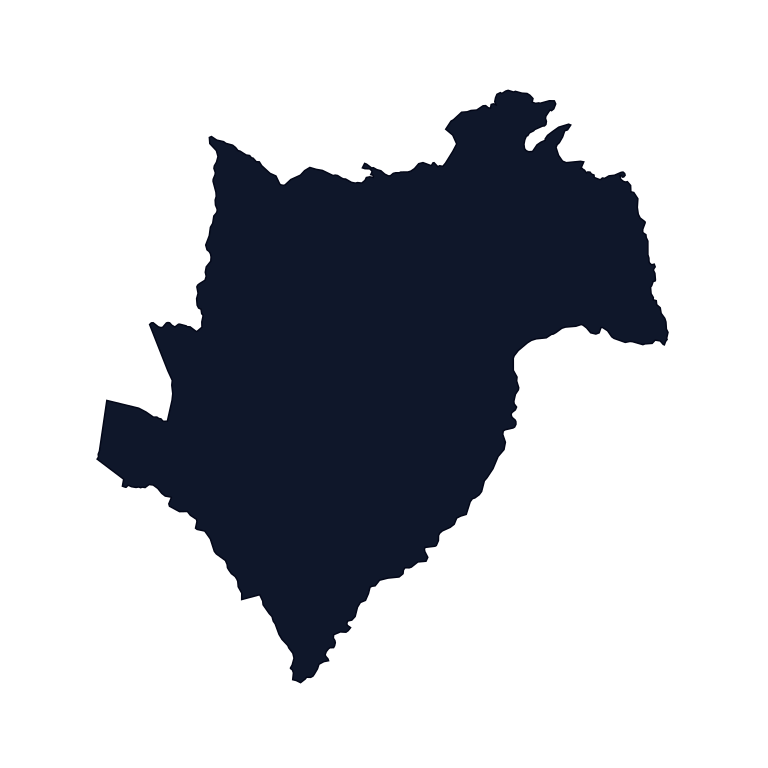 Pahuatlán, Puebla, Mexico, rotated 7°
{"feature_id": "50627088B33192987993204", "entity_name": "Pahuatlán", "entity_type": "district", "adm_level": 2, "iso_a3": "MEX", "parent_name": "Mexico", "parent_adm1": "Puebla", "projection": "albers", "projection_center": [-98.132, 20.287], "detail": "fine", "context": "isolated", "style": "filled", "palette": "ink", "viewbox_px": 768, "rotation_deg": 7, "n_neighbors": 0, "source": "geoboundaries", "source_scale": "gbopen_adm2", "svg_char_len": 6138}
<svg xmlns="http://www.w3.org/2000/svg" viewBox="0 0 768 768"><g transform="rotate(7 384 384)"><path d="M329.4,688.6L333.0,689.0L337.6,690.6L341.8,686.4L342.9,684.5L347.0,684.1L349.1,682.6L350.3,680.3L352.7,674.8L353.6,670.1L358.1,666.9L362.7,665.4L362.0,663.8L359.3,661.3L358.6,659.8L359.3,656.7L361.1,653.7L362.4,652.4L366.1,651.8L366.9,649.8L367.2,646.7L366.5,644.6L364.7,642.4L364.6,639.0L370.8,635.4L376.5,635.0L378.5,633.2L380.5,629.9L377.2,628.1L376.4,626.9L376.4,625.2L377.0,623.6L380.8,622.3L383.7,618.3L384.9,608.7L387.2,603.7L392.0,601.0L394.1,593.9L394.9,587.4L396.8,586.2L399.8,585.4L403.5,579.3L411.5,576.2L422.5,573.7L426.0,570.0L426.0,566.2L427.3,563.8L431.4,563.4L433.5,562.4L439.3,556.5L447.3,554.8L448.6,550.7L445.0,545.4L444.3,543.3L444.6,541.2L454.4,538.8L455.6,537.9L457.1,532.8L456.6,527.7L457.4,525.4L459.8,522.7L467.2,518.2L470.8,514.6L472.5,508.2L476.3,505.7L481.5,503.4L483.9,490.4L485.7,487.1L488.1,486.0L492.0,482.3L494.0,478.8L495.4,467.9L497.6,464.6L502.5,454.8L506.1,442.0L511.1,434.5L511.6,427.0L508.0,419.5L508.1,416.1L509.8,414.7L517.5,411.9L518.9,410.8L519.9,407.9L519.5,405.3L518.6,403.8L515.2,401.5L513.9,399.1L514.3,396.9L517.5,393.7L518.4,390.7L515.6,387.8L515.0,385.3L515.7,378.2L518.1,373.4L518.2,371.3L515.3,364.8L515.2,360.9L510.7,354.7L509.2,342.7L509.8,340.1L513.2,334.4L521.4,325.6L525.0,322.7L529.6,320.6L539.4,318.4L544.2,314.3L546.0,313.8L548.5,311.9L553.7,307.0L557.2,305.4L567.4,303.3L572.5,300.9L574.3,301.3L578.2,303.6L582.9,308.0L588.2,308.6L591.3,307.0L592.5,301.5L594.1,301.3L599.4,303.9L604.3,309.4L606.7,310.7L618.4,313.3L622.9,311.8L625.5,311.7L636.2,313.4L638.1,312.4L645.2,311.0L647.8,307.4L652.9,307.6L656.3,310.7L657.5,311.0L658.3,307.5L659.6,305.3L659.0,304.1L659.6,298.1L657.6,295.1L656.3,288.1L654.7,284.6L650.5,280.1L648.9,274.7L645.0,272.0L644.1,268.1L640.9,267.6L640.8,265.3L638.1,261.8L636.8,255.4L637.7,253.9L638.6,249.6L640.7,248.5L640.7,247.4L639.4,241.1L637.7,238.5L637.7,236.9L638.9,234.7L637.6,232.1L635.1,233.1L632.8,231.5L632.1,230.0L631.6,226.7L630.2,223.6L628.5,210.0L626.4,206.6L625.8,203.9L622.7,202.3L622.2,201.2L622.0,198.8L623.6,192.1L623.3,191.2L618.0,188.0L615.7,184.5L613.9,177.8L613.4,169.2L608.6,163.5L605.6,163.1L604.6,156.9L600.9,153.5L599.4,154.1L597.1,153.8L594.0,151.9L592.8,148.2L594.1,148.1L595.4,149.6L596.7,149.3L597.9,147.4L597.2,145.7L595.4,144.5L593.6,145.0L587.3,148.7L581.9,150.0L578.0,153.0L575.6,152.9L574.2,154.6L573.1,154.8L567.5,153.4L567.0,151.0L564.3,150.3L562.7,148.6L560.4,148.7L559.2,149.8L556.8,147.2L555.5,146.9L554.7,145.9L553.1,146.2L555.2,139.2L551.9,139.0L537.9,142.1L534.0,141.0L529.4,135.8L525.9,128.2L526.7,125.4L528.6,123.1L531.2,117.0L532.5,110.7L535.2,109.4L537.8,104.2L535.6,103.6L526.1,107.8L520.0,113.4L516.0,117.3L514.1,121.1L514.3,122.5L510.2,124.9L506.7,128.0L503.1,135.1L499.3,135.8L496.7,135.1L494.8,133.2L493.7,129.0L494.0,124.4L495.1,120.6L496.4,120.0L497.7,117.1L501.6,114.5L502.7,113.0L509.9,108.7L511.8,108.3L513.1,106.7L513.2,103.5L511.9,100.6L512.1,98.3L515.3,91.9L517.0,92.3L519.0,90.2L520.3,85.1L518.6,82.2L513.6,82.7L504.6,86.4L503.5,86.1L500.2,87.0L496.7,86.2L497.1,82.5L493.6,79.6L490.6,78.2L485.5,78.5L478.7,77.5L477.1,78.4L471.4,77.4L469.1,78.4L465.6,81.3L464.0,80.6L460.8,82.7L459.8,86.3L459.5,90.3L461.1,93.2L458.4,92.6L456.3,93.5L456.1,97.3L453.8,97.1L451.0,95.3L448.4,95.8L442.6,100.8L437.0,101.9L433.4,103.7L427.9,104.8L420.7,113.3L418.5,114.9L414.2,123.6L421.9,128.6L426.9,136.9L423.9,144.8L418.1,157.3L415.8,160.8L412.5,160.6L411.0,161.8L406.7,158.2L405.7,158.5L404.5,161.2L403.7,161.4L395.7,159.5L391.6,161.1L388.0,166.5L384.7,169.4L381.8,170.7L374.8,171.6L373.3,172.5L369.9,172.9L367.5,173.8L364.9,176.6L363.0,176.9L359.2,175.6L354.9,172.7L350.7,172.1L347.1,170.6L345.4,171.1L339.9,167.9L337.9,167.4L336.2,172.1L338.7,172.6L343.6,172.2L346.0,174.0L346.2,175.2L345.3,177.8L347.5,178.1L348.2,179.1L348.1,180.3L344.6,180.1L341.3,181.2L340.3,184.2L337.4,187.3L333.2,187.3L331.1,188.1L327.1,187.8L320.9,185.2L318.9,185.4L316.9,184.8L312.5,182.7L310.1,182.6L308.0,183.3L296.8,179.5L290.5,179.2L284.0,178.1L279.2,181.9L275.6,186.9L266.6,192.4L261.5,198.5L259.9,199.1L257.4,198.9L256.2,198.3L251.4,190.7L245.2,188.8L236.0,182.2L233.2,178.7L230.1,178.9L226.6,175.8L224.9,175.6L222.8,173.6L219.2,173.5L212.8,170.4L210.6,170.1L208.0,167.5L204.7,165.4L197.7,164.4L195.3,163.0L188.3,162.3L182.6,159.4L180.6,160.6L181.8,166.6L189.2,172.8L191.5,178.5L190.7,184.2L189.0,188.2L188.9,190.7L190.8,194.7L190.8,196.8L189.5,201.6L189.6,203.6L193.8,214.1L194.6,218.2L194.0,222.0L194.9,226.9L197.0,230.6L197.3,232.8L196.7,234.8L194.6,238.0L194.4,245.4L192.6,249.6L192.5,258.1L190.1,267.8L192.0,272.4L194.3,273.8L195.9,275.9L196.9,279.0L197.1,283.2L193.3,289.4L193.0,294.9L194.4,298.7L193.7,302.8L188.5,307.0L187.0,308.6L186.4,310.4L188.4,316.6L187.6,322.1L188.9,328.5L190.7,331.2L193.3,332.1L194.5,336.5L195.8,337.5L196.1,338.7L195.6,344.6L196.4,349.8L192.1,354.5L191.1,354.7L184.6,350.9L181.6,351.1L180.6,350.4L173.9,349.5L172.7,349.7L169.5,352.9L166.2,351.5L163.8,349.4L162.1,349.3L160.6,349.9L157.4,354.7L155.7,355.2L153.1,354.8L147.4,351.3L145.6,351.7L144.1,353.5L167.9,397.3L173.4,406.2L173.5,411.0L175.5,419.3L175.6,426.0L173.5,447.3L169.9,447.9L168.8,447.6L166.9,445.8L164.6,445.6L162.6,444.5L159.2,445.0L151.2,440.8L143.5,437.9L110.9,434.1L109.7,485.4L108.9,488.5L109.5,491.3L108.4,493.5L137.2,510.2L136.8,517.3L140.1,518.0L140.8,517.8L142.0,516.0L143.1,515.8L145.9,516.7L150.5,516.9L153.1,516.1L155.1,516.6L156.6,515.8L159.5,515.9L163.1,512.4L167.2,512.4L172.2,515.2L176.7,519.6L180.5,521.9L186.2,522.2L186.8,522.7L185.0,529.2L186.0,531.5L196.6,535.6L204.4,534.5L207.8,537.9L214.4,541.2L215.1,543.4L214.5,550.1L216.2,551.1L224.0,551.8L230.5,558.9L236.0,570.8L238.3,573.1L248.1,578.5L250.3,582.3L251.0,585.4L252.7,587.6L255.6,590.8L259.7,593.2L261.7,595.6L262.9,597.7L264.0,603.0L268.3,608.9L269.0,615.3L286.3,608.3L290.0,614.1L290.9,617.9L298.1,625.9L301.2,628.5L303.0,632.9L305.2,635.3L310.3,645.3L313.9,649.9L320.4,655.3L321.7,657.6L326.3,662.3L328.1,667.1L327.1,674.1L325.8,677.2L325.9,677.8L327.8,678.8L329.3,681.7L329.4,688.6Z" fill="#0f172a" stroke="#020617" stroke-width="1.5"/></g></svg>